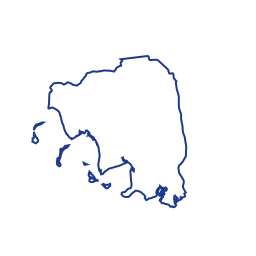 outline of Palma, Cabo Delgado, Mozambique, rotated 127°
{"feature_id": "85939544B28801965730987", "entity_name": "Palma", "entity_type": "district", "adm_level": 2, "iso_a3": "MOZ", "parent_name": "Mozambique", "parent_adm1": "Cabo Delgado", "projection": "natural_earth1", "projection_center": [40.456, -10.86], "detail": "fine", "context": "isolated", "style": "outline", "palette": "blue", "viewbox_px": 256, "rotation_deg": 127, "n_neighbors": 0, "source": "geoboundaries", "source_scale": "gbopen_adm2", "svg_char_len": 5951}
<svg xmlns="http://www.w3.org/2000/svg" viewBox="0 0 256 256"><g transform="rotate(127 128 128)"><path d="M145.5,211.2L146.0,211.8L148.1,211.3L155.9,205.9L160.1,203.5L160.1,203.1L159.3,202.1L158.7,202.0L157.1,200.6L156.9,200.0L156.3,195.6L156.6,192.8L157.0,191.8L158.5,190.3L158.7,189.5L163.6,183.6L164.3,181.9L167.6,177.7L169.9,173.4L169.9,173.1L169.5,173.5L169.5,173.2L170.8,169.0L170.3,167.2L170.9,166.8L170.8,166.1L166.1,164.2L165.3,164.5L164.8,163.7L162.7,162.6L161.7,162.6L162.1,163.1L163.0,163.2L162.8,163.4L160.9,163.1L160.4,161.9L159.8,162.1L159.3,161.3L159.5,163.1L159.9,163.2L160.2,164.0L160.2,164.5L159.5,164.8L159.6,164.0L158.6,162.1L158.5,160.6L158.8,159.8L158.6,159.1L158.5,159.9L157.3,159.3L155.7,160.1L154.7,159.4L155.0,156.1L156.2,154.9L156.4,153.6L157.0,154.7L155.9,156.0L156.0,156.5L156.8,156.4L156.9,155.8L157.4,155.1L158.0,155.2L157.4,154.5L156.8,150.9L156.7,152.1L156.4,151.9L156.5,150.4L157.0,150.7L156.7,150.0L156.8,149.2L157.6,149.5L157.5,149.0L157.9,148.9L157.5,148.2L156.9,148.5L157.2,147.9L157.6,147.9L157.2,147.5L157.5,146.4L159.0,144.1L158.7,143.9L159.1,143.1L159.4,142.9L159.5,143.3L159.9,142.8L159.8,142.2L160.3,142.0L160.4,141.1L161.2,139.9L167.0,134.1L175.6,129.4L179.3,125.3L179.7,124.0L179.6,123.8L179.2,124.9L178.7,124.8L178.6,125.8L178.2,125.7L178.4,125.2L178.2,124.4L177.5,125.1L177.8,124.5L180.5,122.5L181.2,121.6L180.0,120.5L177.1,120.3L172.1,118.8L163.2,112.1L156.9,108.6L156.5,108.8L157.0,111.0L156.7,112.6L156.2,113.4L155.2,113.9L155.2,114.5L154.6,114.2L156.4,111.9L156.3,110.5L155.9,111.9L155.0,108.7L155.7,107.3L155.3,106.6L155.4,104.4L156.9,100.4L157.0,99.1L157.9,97.9L159.2,97.3L159.2,97.8L157.7,99.4L157.3,99.3L157.2,100.4L157.6,101.0L158.1,100.9L157.9,100.6L158.6,100.5L158.0,99.9L158.0,99.5L159.3,100.3L159.4,100.8L159.6,100.1L160.8,100.3L168.3,93.8L170.5,91.5L173.2,89.9L174.8,89.8L175.8,90.9L176.7,91.3L180.7,91.9L183.3,94.0L185.0,93.2L185.3,90.8L185.1,89.7L184.3,88.0L182.8,86.2L181.2,85.7L178.9,85.6L176.7,85.2L175.1,84.5L173.9,84.5L172.4,82.6L171.5,79.6L171.7,75.3L172.3,73.0L173.9,72.4L173.9,71.5L174.6,70.6L174.4,69.9L173.1,69.2L171.7,68.9L169.6,66.9L168.2,66.3L167.3,65.5L165.6,64.5L164.6,64.5L163.6,65.0L162.5,66.5L160.3,67.5L157.1,67.5L156.0,66.9L155.0,67.5L155.2,65.3L155.9,64.6L156.0,63.8L155.9,63.4L154.5,63.7L154.2,63.4L154.1,60.5L153.7,60.6L153.4,61.7L152.8,61.9L152.8,61.3L153.7,59.9L155.0,59.9L154.6,61.9L155.0,62.4L155.5,62.1L156.4,60.8L157.4,61.1L157.9,61.0L158.2,59.6L158.9,59.1L160.1,59.3L161.3,60.1L161.6,59.9L161.5,58.8L161.8,58.6L162.1,59.7L162.5,60.3L163.3,59.3L164.4,59.3L164.2,58.5L165.0,58.4L165.9,59.1L166.2,58.6L166.6,59.0L167.0,58.9L167.0,57.4L167.7,55.9L167.5,55.3L166.6,54.5L166.2,52.4L165.4,51.0L164.8,49.0L165.3,46.9L164.7,46.7L164.4,45.2L163.7,45.0L163.8,43.9L162.2,43.0L160.4,43.2L160.3,44.7L159.7,45.7L156.4,48.9L154.1,50.1L153.7,49.8L154.2,49.0L153.9,48.0L154.4,46.0L155.7,46.9L156.6,45.7L158.1,45.3L158.2,44.7L155.6,44.2L152.7,42.5L152.0,42.7L152.1,43.9L151.8,44.3L151.3,44.3L151.4,43.5L151.0,42.8L148.6,41.3L147.7,41.7L146.4,43.6L144.7,43.1L143.5,46.1L142.4,48.2L141.5,49.1L138.1,50.6L136.8,51.5L135.5,53.8L133.2,60.0L129.6,63.7L126.9,64.7L125.2,64.2L122.2,64.0L115.8,64.8L107.8,70.3L100.9,77.5L99.2,80.3L97.2,82.7L93.8,85.5L88.9,91.0L85.2,93.7L81.8,98.7L78.8,101.5L72.5,106.2L70.7,108.2L67.4,112.7L62.6,117.4L61.6,117.4L60.6,121.6L58.0,123.8L57.4,124.7L57.5,125.4L59.3,127.1L59.5,128.1L57.5,130.8L57.1,132.3L55.9,144.5L56.0,145.6L57.2,147.5L60.6,151.4L60.5,152.3L59.0,154.0L58.5,155.0L58.9,155.9L77.5,175.2L77.6,173.2L78.2,172.9L80.0,173.2L81.2,172.4L82.1,171.1L82.8,171.2L83.5,171.9L86.6,173.3L88.0,173.3L89.0,172.8L89.5,173.1L91.3,173.1L93.0,176.7L96.6,182.0L99.1,183.8L99.7,185.0L101.5,186.3L104.0,190.3L106.0,191.2L108.1,193.1L109.6,193.8L111.7,193.0L114.1,193.4L116.4,193.2L118.5,193.5L120.5,192.9L125.0,194.4L126.0,196.9L126.8,198.1L126.6,199.9L127.6,203.3L128.4,204.0L129.7,204.2L131.9,205.3L132.2,207.9L132.9,209.3L134.0,211.0L136.8,214.0L138.0,214.4L139.8,214.3L141.2,214.7L142.4,214.5L143.1,213.5L143.4,212.0L144.2,211.3L145.5,211.2ZM199.4,159.5L198.4,159.4L197.3,160.5L197.1,161.9L195.5,163.5L192.0,164.3L190.0,165.4L186.4,166.6L183.3,166.3L179.8,164.8L177.4,164.9L180.1,167.4L184.5,167.7L185.1,168.2L184.9,168.8L185.3,169.0L185.6,168.8L185.4,168.0L186.2,168.0L186.7,167.3L186.8,168.0L186.0,168.4L185.8,169.0L186.4,168.8L188.0,167.4L192.1,165.4L193.0,165.1L194.5,166.1L195.6,165.7L197.6,164.1L197.1,164.7L197.3,164.8L198.3,163.9L198.0,163.6L198.3,163.4L198.3,162.8L198.6,163.2L199.2,163.3L199.7,162.5L199.5,162.0L200.1,161.6L199.7,160.7L200.0,160.0L199.4,159.5ZM189.4,121.8L187.6,119.7L188.3,120.6L188.1,121.7L188.7,122.0L189.3,123.6L189.7,123.7L189.6,124.4L189.3,124.6L189.4,125.7L190.0,126.2L190.4,127.4L191.5,127.6L190.4,127.8L189.7,128.3L189.2,126.5L188.0,124.5L187.6,125.2L187.8,125.4L187.6,126.0L186.9,127.2L186.9,129.7L186.1,132.5L187.3,132.1L186.6,131.0L187.4,131.1L188.0,131.7L188.8,131.4L188.7,131.1L189.6,130.7L190.3,129.1L191.1,128.1L193.0,127.5L193.7,126.7L193.6,125.2L193.0,124.3L191.7,123.0L190.7,122.7L189.4,121.8ZM195.7,192.4L193.2,191.8L192.4,192.0L191.7,192.6L191.3,193.8L190.7,194.7L190.8,195.6L189.6,198.1L187.7,201.0L189.3,199.3L190.4,199.0L190.4,197.9L191.5,197.7L192.3,197.9L192.9,197.3L193.9,197.9L195.2,196.6L196.4,196.2L195.7,192.4ZM186.9,107.9L185.1,107.4L184.7,108.1L184.0,108.0L183.4,108.6L185.6,110.0L186.5,111.1L187.1,112.2L187.8,115.0L188.4,112.4L188.8,113.3L189.4,109.5L188.5,108.0L186.9,107.9ZM157.8,63.5L156.8,62.2L156.4,62.1L156.5,64.3L155.8,65.5L155.9,66.2L157.5,66.6L159.9,66.3L162.1,64.9L162.2,64.3L161.8,63.4L161.1,63.0L157.8,63.5ZM183.0,202.4L180.6,201.9L177.2,199.7L174.5,198.8L175.2,199.9L179.1,202.2L180.5,203.4L183.4,203.4L186.4,202.0L183.0,202.4ZM161.2,61.6L158.7,59.8L158.5,60.7L159.1,61.6L158.0,62.4L157.9,62.9L158.5,63.1L160.7,62.3L162.3,62.9L163.1,62.6L163.1,62.2L161.2,61.6ZM183.4,140.4L181.7,138.8L182.5,142.4L183.4,141.1L183.4,140.4Z" fill="none" stroke="#1e3a8a" stroke-width="2"/></g></svg>